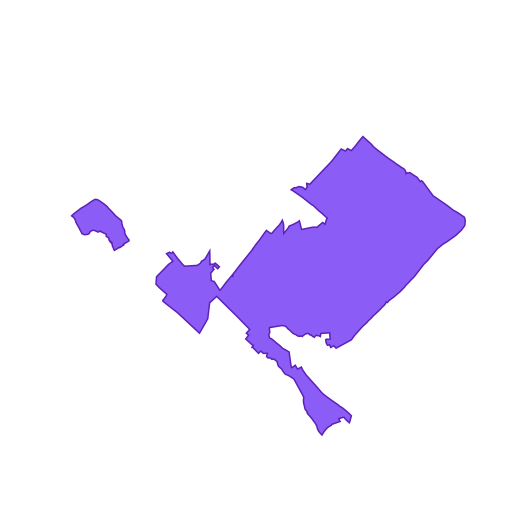 San Martín de las Pirámides, México, Mexico, rotated 109°
{"feature_id": "50627088B75839204947328", "entity_name": "San Martín de las Pirámides", "entity_type": "district", "adm_level": 2, "iso_a3": "MEX", "parent_name": "Mexico", "parent_adm1": "México", "projection": "mercator", "projection_center": [-98.819, 19.696], "detail": "fine", "context": "isolated", "style": "filled", "palette": "violet", "viewbox_px": 512, "rotation_deg": 109, "n_neighbors": 0, "source": "geoboundaries", "source_scale": "gbopen_adm2", "svg_char_len": 6060}
<svg xmlns="http://www.w3.org/2000/svg" viewBox="0 0 512 512"><g transform="rotate(109 256 256)"><path d="M346.2,176.9L349.4,180.0L346.5,183.3L349.4,185.4L350.0,186.0L348.1,187.3L335.9,193.5L335.9,194.1L335.4,196.2L334.8,199.6L334.5,201.1L333.1,203.9L331.6,208.3L330.9,209.9L329.2,214.4L329.1,216.5L326.5,218.1L325.4,218.2L323.8,218.1L322.6,218.6L320.6,219.6L319.3,219.9L313.2,208.7L312.8,205.1L314.7,201.6L315.1,200.1L317.0,196.1L317.4,193.7L317.4,192.4L318.0,190.8L317.9,190.4L318.0,189.1L317.0,187.4L317.1,186.0L315.9,185.5L315.3,185.0L313.4,183.8L313.2,183.0L312.3,182.0L312.5,180.9L312.4,180.5L313.0,179.5L312.7,179.2L313.0,178.3L313.0,177.7L312.8,177.6L313.2,177.2L313.7,175.9L313.7,175.4L313.9,174.4L311.4,173.4L311.2,171.7L311.0,170.7L311.2,168.9L308.2,169.5L307.2,167.5L304.7,161.4L306.4,160.6L308.4,159.8L310.1,158.7L310.9,159.7L311.7,162.1L312.0,162.6L312.5,162.8L314.0,162.1L315.1,161.5L315.9,160.7L316.6,160.1L317.1,159.2L315.9,157.6L318.2,155.6L315.5,153.2L315.9,152.6L317.1,150.3L304.2,138.5L299.2,137.0L287.9,132.3L284.0,130.1L282.2,129.2L280.7,128.7L277.0,126.7L275.2,126.0L273.5,125.2L271.5,124.0L265.6,121.0L262.0,119.4L260.3,118.4L257.1,117.9L257.3,116.7L254.5,115.5L250.3,112.6L243.3,108.4L239.4,106.5L237.0,105.4L235.1,104.8L230.3,102.5L228.3,101.7L224.8,100.0L224.0,99.6L209.4,94.7L204.7,92.3L190.1,86.9L184.0,83.1L180.1,79.9L171.2,73.6L164.5,70.1L159.5,68.6L158.6,68.6L154.3,69.7L151.5,71.5L149.4,79.1L148.4,84.7L147.3,87.7L145.6,92.9L142.8,103.1L141.4,108.2L140.9,108.9L131.3,122.8L131.0,124.1L132.2,124.9L129.1,129.4L128.7,131.3L127.0,137.9L127.2,138.2L127.6,138.5L128.2,139.3L128.2,139.7L128.1,140.1L129.3,141.0L127.0,142.2L127.0,142.5L126.0,143.5L125.7,143.9L125.5,144.4L124.8,147.5L124.1,150.0L123.1,153.9L122.3,156.2L120.3,163.6L118.2,169.7L116.0,176.4L115.1,178.8L114.4,180.6L112.9,183.0L111.8,185.5L109.2,191.7L108.2,193.8L109.6,194.4L116.2,196.8L119.5,197.8L125.3,200.2L124.6,204.4L127.6,205.6L127.1,210.3L140.6,214.9L143.8,216.2L170.2,228.3L170.6,228.5L170.8,231.7L172.8,230.9L173.5,230.1L177.1,230.8L176.3,232.9L175.8,234.5L176.1,235.1L176.2,235.5L176.1,235.8L176.2,236.1L176.0,236.3L176.1,236.5L176.3,236.9L176.3,237.9L176.7,238.4L176.9,238.7L177.8,239.6L178.1,240.0L178.5,240.2L178.6,240.6L178.7,241.6L179.1,242.2L181.4,244.1L182.0,244.3L182.0,243.5L184.4,234.8L185.5,231.0L189.4,220.0L189.6,218.4L192.8,211.4L194.2,207.6L197.1,200.8L198.1,201.3L203.5,201.1L202.6,203.9L209.1,207.8L209.4,209.4L210.2,211.5L211.4,213.7L216.0,221.4L214.1,222.9L211.8,224.3L209.5,225.8L208.6,226.6L209.9,227.2L210.6,227.8L211.0,228.3L213.1,230.2L215.2,232.4L216.8,234.3L219.4,234.8L225.7,237.1L224.0,237.8L219.0,239.4L216.9,240.4L215.4,241.3L213.6,242.8L215.6,243.1L219.0,244.0L224.3,246.4L229.4,248.4L229.9,249.5L228.4,254.5L232.8,255.9L239.4,257.8L242.5,258.9L245.5,260.0L248.1,260.7L250.2,261.4L250.3,261.2L250.9,261.4L264.5,266.3L269.5,268.1L277.0,270.6L279.9,271.7L280.4,271.7L281.4,271.5L283.5,271.3L281.9,272.3L290.4,275.6L295.2,277.1L299.8,278.7L300.2,279.0L293.7,287.2L293.9,290.2L287.1,293.2L282.2,291.4L281.2,293.3L278.5,292.2L279.1,291.3L280.5,288.1L278.1,287.1L276.7,290.3L276.9,290.4L276.0,292.2L277.8,293.7L278.0,294.9L278.6,296.2L279.1,296.7L266.2,301.4L275.3,303.2L275.8,303.4L276.3,304.0L277.1,304.2L278.5,305.8L281.0,306.2L284.0,308.5L288.8,320.0L288.1,322.2L283.6,329.7L279.2,336.0L280.6,336.3L280.9,338.0L280.5,338.9L282.9,341.4L288.0,332.9L292.6,336.1L297.9,338.5L307.0,342.9L307.9,343.3L315.2,341.4L317.3,337.4L319.3,332.7L321.3,327.8L321.9,328.0L322.6,327.8L323.2,327.9L325.3,328.7L326.2,328.7L327.3,329.3L327.9,329.6L328.4,329.6L329.0,329.4L331.2,323.4L335.2,311.7L347.4,284.3L331.0,281.2L315.4,284.6L307.0,280.0L320.5,251.8L322.7,247.6L324.4,244.1L327.4,238.1L332.2,240.0L333.2,237.2L337.8,238.7L341.6,229.9L341.7,229.7L341.5,229.4L341.8,229.4L343.7,230.2L343.8,230.0L343.5,229.3L347.2,222.0L344.4,220.5L345.7,217.3L344.3,213.5L347.6,213.3L348.5,211.5L348.3,211.0L348.1,210.8L347.8,208.9L348.5,207.8L348.3,206.9L347.6,205.8L348.2,203.9L348.3,203.4L349.1,201.6L351.2,200.4L353.0,198.8L354.7,194.6L355.7,193.7L357.4,191.2L357.8,190.8L358.4,188.7L358.2,187.8L358.5,186.1L359.8,180.5L360.1,180.0L372.0,166.9L373.9,164.9L375.7,164.5L377.7,163.9L378.7,163.5L379.7,163.0L385.1,159.5L386.8,156.6L387.5,156.7L388.5,155.6L390.2,152.5L392.2,149.3L393.3,147.9L394.1,146.5L395.5,144.8L397.2,143.0L399.3,141.7L400.5,140.6L401.5,139.4L403.0,137.0L403.8,135.3L400.1,134.5L396.3,133.1L394.8,132.3L393.4,131.3L391.5,129.6L390.5,129.5L385.1,122.6L382.9,124.8L381.1,122.4L379.8,120.4L381.1,118.4L382.4,115.7L383.3,113.5L382.1,113.4L376.0,113.8L374.0,118.0L371.7,124.0L371.0,126.7L370.8,128.1L370.0,129.8L367.2,139.7L365.6,144.8L364.6,147.7L363.2,150.4L360.4,155.1L352.2,169.8L348.8,174.4L348.1,175.2L346.2,176.9ZM282.9,381.0L281.9,381.6L281.4,382.6L280.7,383.6L278.6,386.2L276.6,387.8L275.2,388.2L274.6,388.5L273.3,389.8L272.1,391.4L271.5,391.8L270.5,392.2L270.3,392.5L269.3,393.3L267.4,394.0L266.5,394.7L266.2,395.1L263.8,401.6L262.4,404.1L258.5,411.7L257.8,412.6L257.1,414.3L255.7,418.5L255.2,420.5L254.6,422.3L254.4,424.0L254.5,425.5L254.9,426.6L256.0,427.7L259.1,430.2L261.1,431.5L264.8,434.4L268.0,437.2L269.6,438.2L276.0,442.4L278.1,443.4L278.9,441.0L279.4,440.2L280.3,439.1L281.6,438.0L282.9,437.1L285.9,433.8L287.3,432.1L288.4,431.2L289.5,429.8L291.5,427.9L291.7,426.3L291.7,424.9L290.2,422.0L289.7,421.5L288.9,421.0L287.7,421.0L286.5,420.3L285.6,419.7L285.4,419.5L284.9,418.5L284.4,417.7L284.4,417.1L284.6,415.7L284.6,414.8L284.8,413.8L284.8,413.4L284.7,413.0L284.3,412.5L283.3,411.9L283.1,411.3L283.1,411.2L283.5,411.0L283.6,409.5L284.0,406.4L284.0,405.1L284.7,404.4L286.0,404.2L286.6,402.7L286.8,401.4L287.0,400.9L287.3,400.7L287.9,400.7L288.8,400.1L289.0,399.8L289.0,399.2L289.6,399.2L290.0,398.8L290.1,398.5L290.1,398.1L290.0,397.8L289.7,397.6L289.7,397.2L289.8,396.9L290.3,396.7L290.7,397.0L291.0,397.0L291.3,396.2L293.9,394.6L294.0,394.3L294.5,393.7L295.9,392.8L296.8,391.7L292.1,387.9L292.4,387.5L288.5,384.6L288.1,385.1L287.3,384.6L284.0,381.7L282.9,381.0Z" fill="#8b5cf6" stroke="#5b21b6" stroke-width="1.5"/></g></svg>